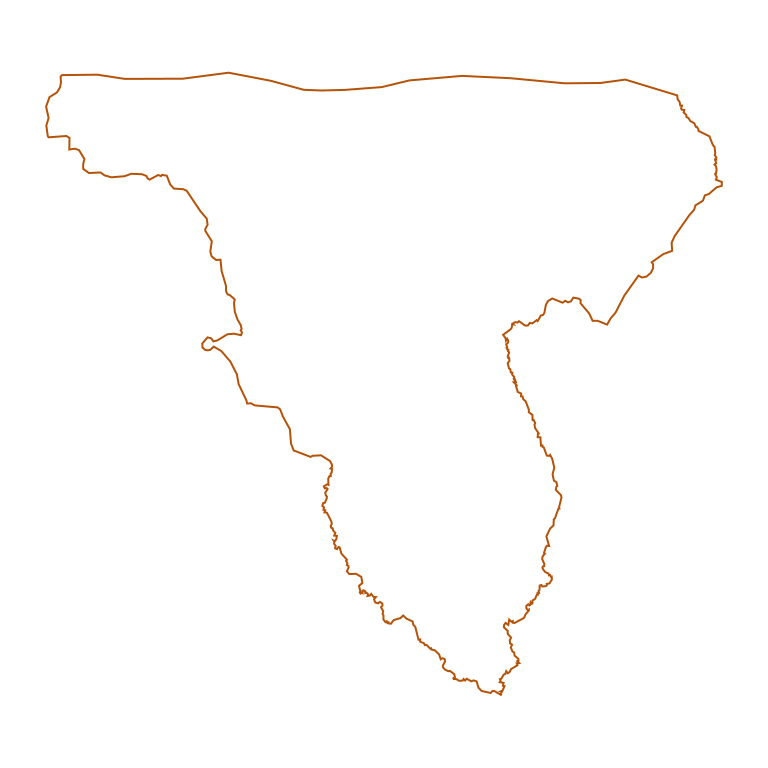 Sissala West, Upper West, Ghana
{"feature_id": "2480657B76140913943028", "entity_name": "Sissala West", "entity_type": "district", "adm_level": 2, "iso_a3": "GHA", "parent_name": "Ghana", "parent_adm1": "Upper West", "projection": "natural_earth1", "projection_center": [-2.221, 10.758], "detail": "fine", "context": "isolated", "style": "outline", "palette": "amber", "viewbox_px": 768, "rotation_deg": 0, "n_neighbors": 0, "source": "geoboundaries", "source_scale": "gbopen_adm2", "svg_char_len": 6083}
<svg xmlns="http://www.w3.org/2000/svg" viewBox="0 0 768 768"><path d="M359.8,592.5L360.5,593.5L361.4,592.7L362.6,593.2L362.5,590.8L363.5,590.3L365.0,591.1L365.3,593.0L366.3,592.5L368.0,594.2L367.5,596.0L369.7,595.6L371.2,593.9L373.4,596.8L375.9,597.1L374.0,599.3L375.3,602.5L378.1,603.3L379.9,601.9L382.3,603.5L382.5,605.6L381.0,607.3L383.2,611.1L382.6,614.1L383.5,615.4L383.4,619.4L385.5,622.2L386.7,621.3L387.2,622.6L388.3,622.3L388.2,623.3L390.8,623.8L393.7,620.1L400.4,618.1L403.2,615.5L406.3,618.5L412.7,621.5L413.2,624.5L415.3,626.9L418.5,639.7L420.2,639.4L420.2,641.7L423.9,643.2L424.8,645.1L426.5,644.8L430.2,648.7L431.2,648.3L431.6,649.6L434.8,650.3L439.1,654.4L440.7,659.3L442.5,658.2L444.6,659.0L445.1,661.4L442.9,665.5L443.2,667.6L445.3,669.8L448.4,671.2L449.8,670.8L454.3,674.2L454.9,677.3L453.4,678.2L453.7,679.0L456.4,679.1L459.1,680.8L462.7,680.6L463.6,679.0L465.1,680.5L466.7,678.7L471.2,681.3L473.6,680.4L476.6,681.4L478.5,687.7L481.5,690.9L490.6,693.0L492.2,691.2L494.2,690.9L501.6,695.3L500.6,694.1L502.0,691.6L500.8,691.3L502.6,690.5L504.5,686.1L502.9,685.8L503.6,682.9L499.8,682.2L500.6,681.0L499.9,679.2L501.2,678.9L503.7,674.6L505.3,674.0L506.2,671.2L507.9,673.3L509.8,671.8L510.9,669.2L517.4,665.3L516.7,663.3L519.2,663.0L517.3,661.1L518.5,660.5L518.4,658.9L514.6,655.6L514.2,652.6L512.4,651.4L510.8,647.5L512.1,644.6L510.0,643.3L509.8,640.2L511.1,637.6L507.7,633.9L507.7,630.9L503.9,627.3L504.1,624.9L505.6,622.9L508.3,624.9L509.2,619.6L511.5,621.7L512.8,621.1L512.8,622.7L514.5,623.0L524.0,617.9L525.7,614.1L528.8,610.6L528.9,609.5L527.6,610.1L526.3,608.1L526.3,605.9L528.2,604.3L529.3,605.5L530.1,604.9L530.6,602.3L531.7,603.9L532.4,603.4L532.5,600.5L535.1,598.8L536.8,594.8L537.9,594.6L537.5,593.2L539.1,592.9L538.5,591.2L539.5,589.8L539.7,585.5L541.4,585.0L542.2,586.5L545.6,586.2L546.8,585.3L546.7,583.9L549.5,583.4L551.9,579.4L551.7,576.6L551.0,576.8L550.0,575.0L549.0,575.3L548.6,573.6L545.2,572.0L543.2,569.5L542.4,567.6L542.8,566.5L544.2,566.2L544.3,564.0L542.1,558.7L542.8,556.1L544.9,553.6L544.0,553.0L545.8,547.3L547.0,545.7L549.1,546.0L546.4,536.4L550.1,528.6L553.5,525.4L553.8,519.3L555.0,518.2L558.4,508.7L559.4,508.7L559.1,507.0L561.5,497.6L560.9,495.1L555.8,489.9L556.4,486.6L557.3,485.9L556.4,482.1L554.0,480.7L553.1,477.1L552.6,474.2L554.3,467.6L552.1,458.6L550.1,454.9L549.2,455.9L546.8,455.6L543.8,447.4L542.5,446.8L542.4,445.5L541.0,445.7L540.4,437.3L537.7,437.2L537.9,433.7L538.7,433.5L535.1,428.0L534.5,424.7L535.2,423.0L533.5,419.8L532.6,420.0L532.4,414.8L528.8,412.3L528.9,409.8L525.7,401.3L523.3,399.3L522.5,396.4L521.0,396.3L521.2,393.5L517.8,392.0L516.0,386.1L516.8,385.4L513.8,382.3L515.9,382.2L515.1,379.7L514.5,380.1L513.7,378.9L514.2,377.0L512.1,374.5L512.4,372.7L510.8,372.4L510.3,369.2L509.0,368.4L507.7,363.1L509.5,360.8L509.1,357.7L508.3,357.9L507.7,356.4L509.2,352.3L508.2,351.4L508.5,348.9L507.7,350.1L506.5,347.9L507.2,347.1L506.2,344.3L508.2,342.5L508.3,341.1L507.2,338.8L506.0,340.7L505.5,338.1L503.1,334.8L510.5,329.4L511.7,327.8L512.2,324.4L513.4,324.5L512.5,323.7L515.3,322.1L517.4,322.6L519.0,321.2L525.0,325.5L527.9,325.5L529.8,322.9L532.3,323.4L536.6,320.2L537.6,321.1L540.8,315.6L543.2,314.8L544.4,312.7L545.9,304.8L547.9,301.1L552.3,298.5L562.6,302.7L565.2,300.8L568.0,302.3L570.9,301.4L573.3,297.6L579.0,298.7L580.7,300.0L580.5,303.2L589.2,313.5L592.6,320.8L597.7,320.8L607.1,324.6L610.7,318.3L615.5,312.7L624.3,295.6L638.5,275.6L641.9,277.5L646.6,276.5L650.8,272.9L653.1,268.2L653.1,264.2L651.7,262.2L663.5,254.0L672.2,250.8L671.6,242.8L674.7,236.0L689.3,215.2L694.2,209.6L695.4,205.4L702.9,200.7L704.9,195.4L708.9,194.0L716.6,187.3L721.7,185.9L721.9,182.0L715.9,179.7L716.8,177.2L715.1,174.0L716.0,173.4L716.6,169.6L716.0,166.2L714.5,164.5L716.2,163.2L715.1,159.8L716.1,159.6L715.5,158.7L716.4,157.8L714.7,154.9L715.3,153.3L714.5,146.8L712.9,145.1L709.4,136.3L698.6,131.0L698.3,129.1L696.8,126.8L695.8,126.8L694.3,123.3L690.4,121.1L688.3,117.9L686.4,117.0L686.3,115.0L683.6,112.4L684.3,110.0L681.8,109.7L681.1,108.6L682.0,105.6L680.3,105.6L679.6,101.9L677.6,99.3L677.2,95.4L625.3,79.6L600.3,83.0L564.5,83.3L510.5,78.2L462.1,75.9L409.5,80.4L381.7,87.1L344.8,89.9L321.3,90.5L303.8,89.8L270.8,80.8L228.6,72.7L182.9,78.7L124.9,78.9L97.3,74.7L62.0,75.1L60.6,76.6L61.0,82.3L60.0,87.4L56.9,92.5L49.5,97.1L46.1,106.6L48.6,118.1L46.3,125.5L47.8,136.2L48.6,137.3L66.4,136.0L69.5,138.0L69.3,149.5L74.9,148.7L79.0,150.1L84.4,159.0L83.2,164.0L83.2,168.9L88.9,173.0L100.5,172.5L104.6,175.4L111.5,177.3L124.6,176.2L131.2,173.8L141.9,174.2L146.3,175.9L147.7,178.5L149.6,179.6L158.2,175.0L161.0,176.1L162.0,174.9L166.8,175.7L170.2,184.5L173.9,188.6L183.2,189.2L186.7,190.8L200.4,211.2L206.7,218.6L207.6,224.7L205.3,228.9L205.3,230.8L211.8,241.3L210.3,251.6L211.2,255.0L211.8,256.5L216.1,260.0L220.5,259.7L221.6,270.9L226.0,285.9L226.1,291.5L227.7,294.5L229.7,295.0L234.7,299.4L234.0,303.2L234.8,311.8L237.5,319.5L240.8,325.2L241.6,329.0L240.7,330.3L242.0,332.3L241.0,335.2L234.1,333.7L227.3,334.3L217.4,340.4L213.4,341.4L211.2,338.3L207.5,337.4L202.3,343.5L202.5,347.6L205.5,350.1L208.1,350.3L210.5,349.7L213.7,346.6L221.3,351.0L230.3,361.5L236.9,374.3L238.6,384.0L246.4,400.4L247.1,403.5L251.0,403.3L254.8,405.4L277.6,407.4L280.1,409.3L283.0,416.7L289.9,429.3L291.0,443.6L293.7,450.5L310.6,456.9L312.6,455.8L321.0,455.3L330.1,461.1L332.0,464.8L332.1,466.9L330.5,468.5L332.0,469.0L331.7,472.4L330.6,473.9L330.8,476.1L329.4,476.2L328.2,478.7L328.5,484.8L327.4,484.2L323.8,486.4L324.8,488.4L326.5,488.0L327.6,489.1L325.3,492.5L325.7,495.2L326.9,496.5L326.7,498.6L324.9,502.7L323.2,503.0L322.3,505.9L324.1,507.4L323.4,509.8L325.3,510.3L324.5,512.4L326.9,512.7L331.3,521.3L331.8,523.9L330.7,526.0L331.2,527.8L332.7,528.3L333.1,530.5L335.3,532.8L334.2,535.6L336.9,535.9L336.3,539.2L334.9,541.1L333.7,540.6L334.5,541.8L334.0,543.7L335.7,545.8L335.1,548.3L337.0,549.1L338.4,547.1L339.6,547.3L341.4,553.6L347.0,559.8L346.1,560.9L347.4,563.2L346.8,565.0L348.5,566.0L348.6,567.5L346.9,571.3L349.3,574.1L356.0,573.8L361.3,576.9L362.4,583.0L359.0,585.8L360.3,591.1L359.8,592.5Z" fill="none" stroke="#b45309" stroke-width="2"/></svg>